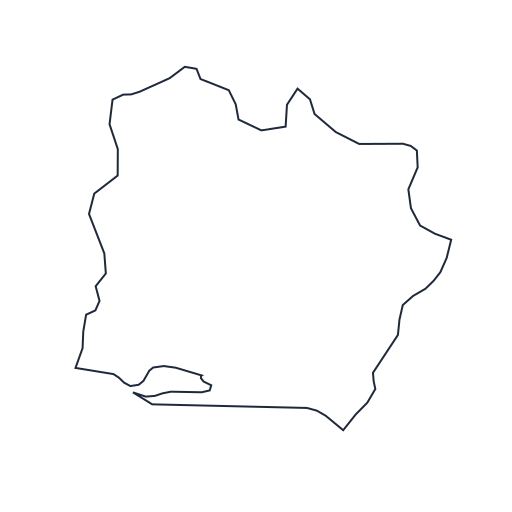 the District of Gampaha, rotated 287°
{"feature_id": "LKA-2471", "entity_name": "Gampaha", "entity_type": "District", "adm_level": 1, "iso_a3": "LKA", "parent_name": "Sri Lanka", "parent_adm1": "", "projection": "orthographic", "projection_center": [79.983, 7.117], "detail": "fine", "context": "isolated", "style": "outline", "palette": "slate", "viewbox_px": 512, "rotation_deg": 287, "n_neighbors": 0, "source": "natural_earth", "source_scale": "10m", "svg_char_len": 1167}
<svg xmlns="http://www.w3.org/2000/svg" viewBox="0 0 512 512"><g transform="rotate(287 256 256)"><path d="M114.9,390.3L123.6,369.4L125.9,359.4L125.6,349.2L83.8,200.1L89.6,178.2L89.3,191.7L92.6,200.1L97.3,206.7L101.4,214.4L109.8,243.9L113.9,251.0L119.3,251.0L120.6,242.6L123.1,239.0L125.3,238.5L125.9,239.0L125.7,212.0L125.7,211.8L123.8,200.0L119.3,190.3L115.2,187.5L103.7,184.9L98.6,181.5L98.0,180.3L94.9,173.9L96.3,166.9L99.6,160.4L101.4,154.2L96.2,116.1L117.1,117.1L133.3,112.9L150.2,110.7L157.0,118.3L167.3,119.5L180.2,111.5L195.4,117.5L214.1,110.2L247.4,84.0L268.4,83.1L292.5,100.2L317.8,92.6L339.2,77.4L363.6,73.1L371.5,81.8L374.0,89.3L379.0,96.6L400.8,121.4L416.1,132.6L417.6,144.4L409.0,151.2L406.6,181.5L395.2,192.2L381.4,199.4L377.7,224.4L388.4,246.5L409.7,241.4L428.2,246.8L421.6,261.8L408.9,270.5L397.8,296.2L393.3,321.9L406.3,363.7L406.5,371.8L403.9,379.0L388.0,384.7L364.3,382.2L347.0,390.2L333.1,404.0L329.6,420.7L328.6,437.9L309.8,438.9L294.3,437.0L284.2,433.1L274.2,427.6L263.9,418.0L252.0,410.7L237.1,411.8L222.0,414.8L178.5,402.0L170.5,405.2L163.7,409.0L148.2,405.3L133.7,397.7L114.9,390.3Z" fill="none" stroke="#1e293b" stroke-width="2"/></g></svg>